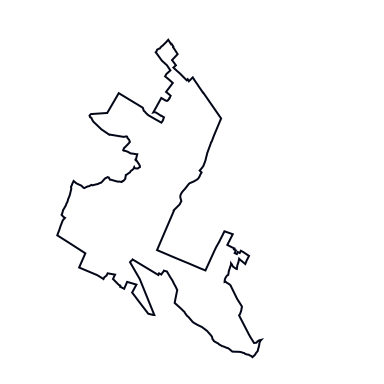 outline of Sacalum, Yucatán, Mexico, rotated 204°
{"feature_id": "50627088B66414175482528", "entity_name": "Sacalum", "entity_type": "district", "adm_level": 2, "iso_a3": "MEX", "parent_name": "Mexico", "parent_adm1": "Yucatán", "projection": "robinson", "projection_center": [-89.63, 20.506], "detail": "fine", "context": "isolated", "style": "outline", "palette": "ink", "viewbox_px": 384, "rotation_deg": 204, "n_neighbors": 0, "source": "geoboundaries", "source_scale": "gbopen_adm2", "svg_char_len": 5241}
<svg xmlns="http://www.w3.org/2000/svg" viewBox="0 0 384 384"><g transform="rotate(204 192 192)"><path d="M68.6,85.1L70.3,83.8L70.8,83.0L71.4,82.2L71.8,80.6L72.2,80.3L73.9,79.3L79.8,83.3L81.8,84.8L97.8,97.6L98.8,98.5L98.5,100.1L98.7,102.8L98.7,103.3L99.5,106.5L99.6,107.3L99.8,107.7L107.4,112.8L117.8,121.5L118.0,121.7L118.3,122.0L118.8,122.3L119.4,122.6L120.3,122.9L123.6,123.3L124.9,123.8L125.6,123.1L126.3,124.9L126.4,125.7L126.5,127.5L126.0,130.0L125.2,131.0L126.2,134.8L126.5,137.8L126.8,141.0L126.9,141.6L127.3,142.7L125.9,141.9L124.4,140.6L121.2,139.9L120.3,139.8L119.7,139.9L120.6,142.8L120.8,143.9L121.0,146.5L121.8,150.2L120.6,149.7L120.4,149.6L120.2,149.6L114.0,147.9L114.2,151.6L113.9,156.8L118.6,157.6L120.8,158.0L121.0,158.0L121.3,158.0L123.5,158.2L123.6,155.7L125.7,155.8L125.8,153.5L128.2,153.6L128.1,156.5L130.3,156.6L130.2,157.7L132.2,157.7L134.4,157.8L138.2,158.0L138.2,158.3L137.6,170.0L146.4,169.3L146.4,168.1L146.5,166.9L146.5,165.3L146.6,164.1L146.6,163.4L146.7,162.2L146.8,160.3L146.9,157.7L147.5,151.3L147.6,148.1L147.8,125.8L153.5,125.6L167.4,125.4L169.5,125.3L182.0,125.0L200.3,124.7L200.6,144.2L200.9,168.2L201.1,168.2L198.2,175.7L198.2,176.0L198.2,177.2L198.2,177.7L198.0,179.3L200.3,182.1L201.0,183.3L201.3,185.4L201.1,187.3L200.9,188.3L200.5,189.7L199.8,191.6L198.2,198.0L197.7,199.1L194.8,202.2L193.3,204.2L192.1,206.0L191.7,207.2L191.4,209.5L191.5,211.0L191.2,213.8L193.7,214.7L192.6,218.4L192.2,220.6L192.5,225.9L193.9,233.8L194.6,244.0L194.8,245.1L194.5,245.8L194.9,252.5L194.9,253.0L195.3,270.6L195.3,271.0L221.9,287.2L222.0,287.0L222.4,287.2L222.9,287.5L223.3,287.8L223.8,288.1L224.2,288.4L224.7,288.6L225.1,288.9L225.6,289.2L226.0,289.5L226.5,289.8L226.9,290.0L227.4,290.3L227.9,290.6L228.3,290.9L228.8,291.2L229.3,291.5L229.7,291.8L230.4,292.2L230.5,292.3L235.1,295.1L236.4,296.0L237.9,297.0L239.9,291.9L241.8,293.3L242.3,291.9L251.1,295.3L255.2,296.6L259.6,298.1L258.2,301.2L263.9,304.4L261.2,312.1L266.7,315.7L268.2,316.6L268.1,317.2L270.9,319.0L271.2,318.5L275.6,321.4L276.7,318.0L278.2,314.2L279.4,311.8L279.8,310.0L280.5,309.4L281.0,308.8L281.6,308.0L281.8,307.5L281.7,306.8L281.6,305.8L282.0,304.9L279.6,303.6L272.9,299.7L267.7,298.0L266.7,297.7L266.3,297.5L261.2,294.3L263.4,289.3L263.6,286.7L258.2,285.2L253.9,283.8L256.4,272.9L250.7,271.3L250.6,269.1L250.7,268.0L250.9,268.0L250.8,267.5L251.3,266.3L251.4,266.1L251.3,265.8L251.9,265.0L253.1,264.8L258.3,265.4L259.7,249.0L258.8,249.8L256.8,249.9L254.2,249.5L251.3,249.0L251.2,249.2L248.0,248.8L247.7,245.3L248.2,242.9L254.7,243.5L262.3,244.3L262.6,244.3L263.3,244.4L266.4,245.5L267.4,246.1L269.1,246.6L271.0,248.8L271.5,249.0L280.2,250.1L299.1,252.5L301.6,229.7L316.0,222.1L316.7,220.2L315.5,218.9L314.6,218.8L314.2,218.9L312.2,217.1L310.6,216.1L300.3,212.4L290.9,210.7L290.9,210.9L285.9,212.2L277.0,214.5L274.4,216.2L273.7,216.1L272.9,215.1L270.7,214.1L269.1,212.5L269.7,210.4L271.3,205.9L271.9,204.9L271.9,204.1L271.9,202.2L271.0,202.0L269.5,202.5L266.7,202.6L263.7,202.3L261.6,203.0L260.1,203.4L257.8,204.0L257.4,204.2L256.6,199.7L256.9,198.8L256.3,198.0L255.8,198.2L255.7,198.3L252.0,196.0L250.5,194.9L249.7,193.7L251.0,191.7L251.1,191.4L253.2,190.6L253.5,190.6L254.3,190.7L254.9,191.2L254.9,189.2L255.8,187.4L256.4,186.5L256.6,185.4L256.7,184.7L258.9,181.1L259.4,180.6L259.0,179.5L258.7,177.8L258.4,177.4L258.4,176.5L259.3,174.0L259.7,173.9L260.0,173.6L260.3,172.5L262.3,172.1L264.3,171.2L271.3,170.2L272.0,169.9L273.9,171.4L275.3,171.2L275.7,170.4L276.7,169.4L277.0,168.9L277.8,166.5L278.1,165.4L278.8,163.6L279.8,162.7L280.4,162.2L280.8,161.4L285.7,157.6L286.8,157.6L288.2,155.6L288.7,155.2L289.3,154.9L289.8,154.5L290.3,153.7L290.8,153.3L291.2,152.7L291.7,152.1L292.0,151.8L292.6,151.7L293.8,152.1L295.6,152.8L297.4,152.8L298.5,152.8L301.2,152.9L304.6,153.9L304.7,150.4L304.5,149.2L304.7,147.6L303.6,145.9L302.8,141.6L302.5,140.3L302.3,138.0L302.3,136.9L302.2,134.8L301.9,133.0L301.8,131.8L302.0,130.2L301.8,128.7L302.0,126.4L302.4,123.0L301.8,119.3L301.9,118.1L299.3,117.0L297.5,116.7L298.5,113.8L298.4,110.9L298.2,107.0L297.8,103.4L297.6,99.5L297.6,98.5L297.2,98.0L297.3,97.6L288.5,96.3L277.3,94.6L264.5,92.6L264.4,77.1L244.7,77.5L237.9,76.6L237.5,76.5L237.4,78.4L236.1,80.9L236.0,83.4L228.7,85.2L228.8,80.4L221.2,77.4L219.4,77.3L219.3,77.2L219.1,76.2L218.2,76.2L214.6,76.0L214.7,83.5L205.1,84.8L205.8,75.8L191.1,67.7L182.4,63.0L177.9,63.8L176.4,64.3L204.3,91.2L220.1,102.7L219.5,104.5L218.8,105.6L218.8,106.2L189.0,102.5L189.0,104.3L186.5,104.1L186.0,106.8L185.6,107.9L185.7,108.7L182.6,109.2L177.3,105.4L174.0,103.3L172.4,101.9L171.7,101.4L171.2,100.9L170.1,100.1L168.5,98.9L165.6,96.4L164.6,91.8L163.8,88.2L162.7,83.6L154.9,81.1L149.8,79.2L148.9,78.4L146.0,76.8L144.2,76.3L138.8,73.7L136.9,73.2L132.3,72.8L128.1,72.7L121.7,71.2L116.9,69.0L116.6,68.9L114.9,67.9L114.3,67.1L114.2,67.0L113.5,66.1L113.4,66.1L113.0,65.6L112.1,65.4L111.4,64.7L107.7,64.3L106.3,64.3L105.4,63.8L101.7,63.5L99.1,63.8L97.4,63.7L95.4,64.0L94.4,63.8L90.2,62.6L83.3,65.4L81.2,65.8L80.1,65.8L78.7,66.1L77.5,65.7L77.1,65.8L76.1,65.9L75.0,66.1L74.6,66.3L73.8,66.4L73.3,66.3L72.6,66.2L71.2,66.3L69.6,65.7L68.2,69.0L68.1,70.6L67.3,73.5L67.7,75.4L67.9,77.1L68.4,79.7L68.9,81.1L69.0,82.8L69.0,83.9L68.6,85.1Z" fill="none" stroke="#020617" stroke-width="2"/></g></svg>